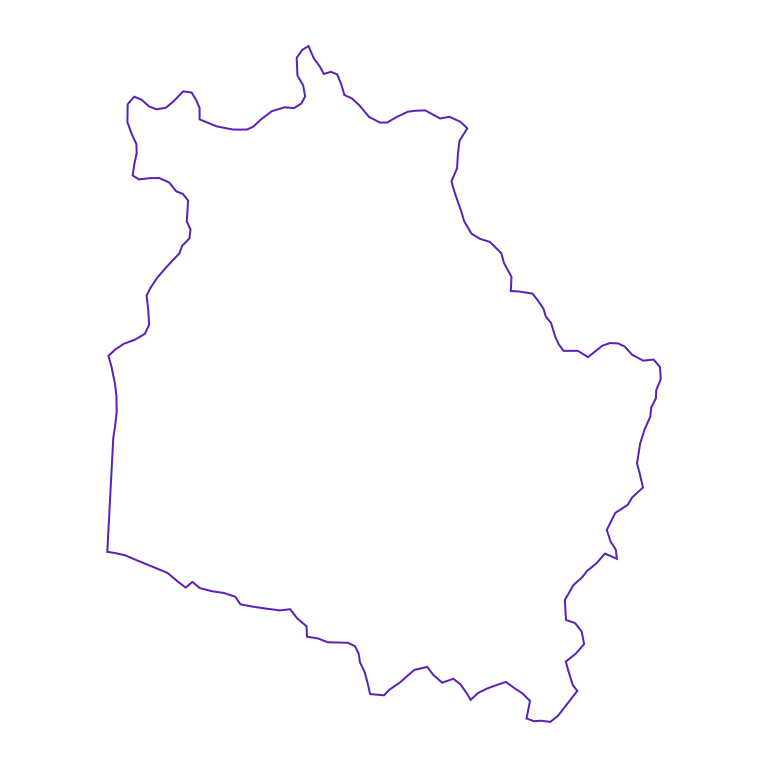 the district of Espírito Santo do Pinhal, São Paulo, Brazil
{"feature_id": "56859067B52786293582727", "entity_name": "Espírito Santo do Pinhal", "entity_type": "district", "adm_level": 2, "iso_a3": "BRA", "parent_name": "Brazil", "parent_adm1": "São Paulo", "projection": "robinson", "projection_center": [-46.789, -22.186], "detail": "fine", "context": "isolated", "style": "outline", "palette": "violet", "viewbox_px": 768, "rotation_deg": 0, "n_neighbors": 0, "source": "geoboundaries", "source_scale": "gbopen_adm2", "svg_char_len": 2629}
<svg xmlns="http://www.w3.org/2000/svg" viewBox="0 0 768 768"><path d="M653.7,359.6L643.1,360.6L632.2,354.8L624.6,346.5L618.0,343.4L609.8,343.1L602.2,345.8L596.2,350.6L588.0,357.1L577.9,350.9L563.6,350.9L558.8,344.4L555.0,336.1L551.1,323.0L545.8,316.5L543.6,309.0L538.3,301.1L532.6,293.6L518.3,291.4L510.8,291.1L511.5,276.9L504.0,263.1L501.2,253.1L490.0,242.0L480.1,238.9L471.4,233.6L464.2,221.3L461.1,210.9L455.1,193.9L451.4,181.3L457.1,168.2L457.7,156.7L459.4,141.0L467.3,128.3L460.4,121.8L449.5,116.8L440.1,118.5L425.3,110.4L415.9,110.7L407.9,111.7L397.0,116.8L387.2,122.5L379.9,122.6L369.0,116.8L359.2,105.1L351.9,98.4L344.4,95.0L341.0,83.6L337.2,74.4L330.7,71.8L323.9,74.0L319.8,66.5L313.8,58.4L308.5,46.1L302.3,49.8L296.7,57.8L297.4,75.4L303.2,85.5L305.1,96.4L301.5,103.4L294.0,108.1L284.6,107.3L271.8,111.2L260.4,119.9L253.7,126.4L247.2,129.5L240.0,129.6L232.7,129.5L216.8,126.4L199.6,119.4L199.6,108.1L196.5,100.6L191.6,92.5L183.2,91.4L173.4,101.5L165.8,107.8L156.4,109.3L148.9,106.3L141.7,99.8L134.2,96.7L127.7,104.2L127.4,122.1L131.5,133.5L136.4,144.1L136.7,153.2L134.5,163.2L132.7,175.5L139.0,179.4L149.3,178.2L159.1,178.0L169.2,182.5L176.2,191.3L182.9,193.9L188.1,200.5L187.5,210.1L186.8,221.5L190.5,229.4L189.4,238.4L182.1,245.9L179.4,253.4L173.5,259.5L165.4,268.2L157.2,277.8L150.4,288.0L146.6,295.5L148.2,309.5L149.2,324.7L144.8,333.9L134.9,339.7L123.6,343.9L115.2,349.6L108.4,355.9L111.4,366.3L114.9,383.3L116.4,395.3L116.7,412.1L115.2,425.4L113.3,437.7L107.3,551.8L115.4,553.1L125.1,555.3L132.3,558.4L145.1,563.7L156.8,568.5L167.5,572.9L177.2,581.1L185.6,587.6L192.4,581.9L199.9,588.1L211.7,591.2L224.1,593.0L235.4,596.8L240.4,604.3L251.8,606.5L263.1,608.2L279.8,610.4L290.2,609.2L297.2,618.4L306.6,626.3L307.0,636.7L318.2,638.5L327.8,642.3L337.7,642.5L347.8,642.8L355.0,646.2L358.7,653.7L359.9,662.1L364.5,671.8L367.7,683.4L370.1,694.1L384.1,695.3L389.4,689.7L400.3,682.2L408.7,674.7L414.4,669.9L427.2,666.9L433.3,674.9L442.2,682.7L453.3,678.8L460.5,684.4L466.4,692.8L470.7,699.8L477.9,693.1L486.4,688.8L495.9,685.3L505.9,681.9L515.3,688.8L522.1,693.1L530.0,700.9L528.1,710.7L526.5,718.5L534.1,721.2L541.2,720.7L550.3,721.9L558.0,715.8L565.8,705.7L577.3,690.9L572.7,684.9L568.5,671.3L565.8,661.6L575.7,653.7L584.1,644.2L581.7,631.6L575.0,623.0L566.0,620.0L564.8,600.0L573.5,585.0L582.2,577.2L587.0,571.0L596.6,563.2L604.9,553.6L616.9,558.8L615.8,549.7L610.5,541.4L606.8,529.9L615.3,512.9L627.6,504.9L632.4,497.2L643.0,487.5L639.3,471.8L637.0,463.5L640.1,443.7L644.5,429.7L650.3,416.6L651.3,407.5L655.9,398.3L656.3,390.0L660.7,379.4L660.0,367.1L653.7,359.6Z" fill="none" stroke="#5b21b6" stroke-width="2"/></svg>